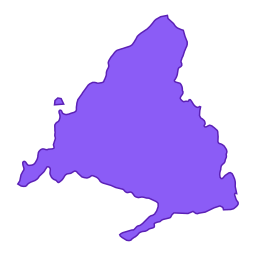 the border of Madrid
{"feature_id": "ESP-5833", "entity_name": "Madrid", "entity_type": "Autonomous Community", "adm_level": 1, "iso_a3": "ESP", "parent_name": "Spain", "parent_adm1": "", "projection": "robinson", "projection_center": [-3.775, 40.528], "detail": "fine", "context": "isolated", "style": "filled", "palette": "violet", "viewbox_px": 256, "rotation_deg": 0, "n_neighbors": 0, "source": "natural_earth", "source_scale": "10m", "svg_char_len": 4983}
<svg xmlns="http://www.w3.org/2000/svg" viewBox="0 0 256 256"><path d="M236.7,193.6L235.5,193.3L235.0,193.4L234.6,194.1L234.8,195.7L235.3,196.9L235.7,198.3L236.2,199.6L236.8,200.7L237.7,201.7L238.2,202.9L238.1,204.2L237.3,205.5L235.8,207.0L233.6,208.7L230.8,209.5L223.5,209.8L223.1,208.1L222.6,207.3L220.0,205.9L214.1,207.8L205.2,212.1L199.2,213.1L197.4,213.7L195.8,213.4L193.0,211.4L188.0,213.5L174.0,212.9L172.1,214.5L171.0,216.5L170.4,217.5L169.1,218.0L163.3,219.4L162.1,219.9L161.2,220.5L160.2,221.4L159.9,221.6L157.2,222.2L154.9,223.1L154.2,223.8L154.4,226.3L154.0,227.3L152.8,227.9L149.4,228.8L146.9,230.5L145.2,231.2L142.5,231.5L140.9,232.0L139.8,232.5L138.8,233.3L137.5,234.9L135.4,236.7L134.2,237.3L131.9,239.0L130.8,240.2L129.0,240.6L126.7,240.3L122.1,237.5L120.3,236.0L119.7,234.7L121.0,233.6L122.7,232.7L131.8,230.0L133.6,229.9L134.3,229.3L136.7,226.7L137.5,226.1L140.2,225.3L142.6,223.5L149.4,216.7L151.3,215.6L152.3,215.5L154.1,214.4L154.8,213.9L155.1,213.2L156.3,211.5L156.7,210.8L158.0,207.1L158.2,206.2L158.1,204.4L158.2,203.6L157.6,202.7L156.1,201.5L149.0,198.2L146.3,198.0L143.9,197.3L141.9,197.0L138.3,197.6L136.5,197.1L135.7,196.8L134.6,196.1L132.4,193.1L131.4,192.3L130.2,192.0L127.7,192.6L126.4,192.4L125.0,191.4L124.2,190.4L123.4,189.6L122.6,189.2L115.7,187.5L111.0,185.4L103.2,183.1L101.4,182.3L100.1,181.2L99.4,180.0L98.5,178.8L97.4,177.8L96.1,177.0L92.9,175.7L91.6,175.6L90.3,176.6L88.9,177.4L87.0,178.0L84.2,177.6L81.9,176.9L77.8,173.1L76.9,172.0L75.8,171.2L74.4,171.1L70.8,173.3L67.1,173.9L65.5,174.9L64.7,175.9L63.6,177.8L62.4,179.5L61.4,180.5L59.4,182.1L58.6,182.5L58.0,182.4L56.0,180.3L53.8,179.4L52.5,178.4L51.5,177.3L50.4,175.0L50.0,173.8L50.0,172.5L50.3,169.8L50.2,168.6L49.6,167.6L48.7,166.9L47.9,166.7L47.1,166.9L45.3,169.5L44.6,170.8L43.7,172.0L39.2,176.3L38.4,177.7L37.1,179.1L35.0,180.5L30.6,182.2L28.7,183.3L27.3,184.5L26.6,185.6L25.3,186.3L23.4,186.4L21.1,186.0L17.8,184.0L19.8,180.9L21.0,174.9L22.9,171.3L23.7,170.2L24.0,168.9L23.7,167.5L23.0,165.2L22.8,163.9L22.8,162.3L23.6,161.5L24.7,161.4L25.7,162.2L27.3,164.5L28.2,165.2L28.9,165.4L31.3,165.2L32.8,164.8L34.5,163.7L35.6,162.1L37.1,159.4L37.6,157.8L37.9,156.5L37.9,155.5L38.4,152.5L39.0,151.4L40.2,150.1L41.0,149.5L41.9,149.1L42.8,148.9L43.8,149.0L44.9,149.3L45.8,149.6L46.6,149.7L47.3,149.7L48.3,149.2L52.4,148.9L53.9,148.2L54.1,147.3L53.4,144.8L54.6,140.9L55.1,139.5L55.4,138.3L55.2,137.1L54.8,135.9L54.9,133.8L55.1,132.8L55.1,131.9L54.9,130.9L54.9,128.3L54.8,126.8L54.8,125.0L55.8,123.3L56.9,122.3L58.0,121.7L58.6,121.1L59.0,120.5L59.3,119.9L59.9,117.9L60.0,116.7L59.9,115.4L59.6,114.1L59.1,112.9L59.0,111.2L59.7,110.3L60.7,110.2L61.5,110.9L62.5,113.1L63.5,113.8L64.7,114.3L66.1,114.6L68.8,114.1L71.4,113.1L72.9,112.7L74.5,112.2L76.0,111.0L76.4,109.8L76.4,107.1L76.8,104.3L76.9,103.1L77.9,99.6L82.0,93.9L82.6,92.8L88.2,85.1L89.8,83.8L92.7,82.4L94.5,82.4L96.1,82.7L97.3,83.2L98.6,83.2L102.0,82.6L102.8,82.3L103.7,81.6L104.2,80.2L104.9,78.9L105.9,76.3L106.3,75.0L106.4,72.4L106.7,71.1L107.3,69.6L108.2,68.0L108.7,66.6L108.7,65.3L108.2,62.8L108.5,61.6L109.0,60.4L110.9,57.2L113.0,54.7L114.3,52.9L115.6,51.4L117.1,50.3L129.6,46.3L131.0,45.6L132.3,44.6L134.3,41.8L135.1,40.4L135.9,39.1L137.3,36.4L138.8,34.9L141.0,33.1L147.2,29.0L150.0,26.3L152.6,23.2L153.5,22.0L154.6,20.6L156.1,19.3L160.7,16.7L167.4,15.4L168.0,18.5L173.5,23.5L175.1,25.9L176.4,27.2L177.5,28.0L180.9,29.5L181.9,29.8L183.3,30.3L185.0,36.4L187.2,41.9L187.2,44.3L186.8,46.0L185.7,48.3L185.2,49.7L184.6,50.9L183.3,55.0L182.8,56.4L182.1,57.7L181.6,59.3L181.1,60.6L181.0,62.0L181.7,63.5L181.8,65.3L181.2,66.2L180.3,67.0L179.7,67.2L179.0,67.7L178.5,68.4L178.1,69.3L177.3,74.4L177.0,75.5L176.3,77.3L175.4,78.9L174.9,79.7L174.4,80.2L174.4,80.9L174.7,81.5L175.8,82.1L180.0,83.3L181.0,84.5L181.9,86.4L182.3,88.2L182.4,90.6L183.0,91.8L182.9,93.2L182.4,94.3L180.7,96.7L180.2,98.2L180.7,99.3L181.6,100.3L182.6,101.2L183.7,101.7L186.0,101.2L188.0,101.4L188.8,100.6L189.2,99.7L190.3,99.7L191.5,101.2L193.6,104.6L195.2,106.3L196.7,107.2L197.9,107.4L198.9,107.0L199.7,106.5L200.6,106.9L199.8,110.7L199.5,115.5L200.2,117.0L201.0,118.2L202.3,118.9L204.3,120.7L204.8,121.9L205.1,123.3L205.0,124.1L204.7,124.7L204.3,125.2L204.1,125.9L204.4,126.5L204.9,126.9L205.9,126.9L206.7,126.7L207.6,126.1L208.6,125.6L209.5,125.2L210.8,125.5L212.0,126.0L213.1,126.9L214.2,127.7L217.3,130.5L217.7,131.6L217.8,132.4L217.8,133.1L218.1,136.6L217.9,141.6L218.5,142.9L219.5,143.6L220.8,143.9L222.4,144.7L224.2,146.1L226.4,149.5L226.9,151.5L226.7,152.9L226.3,153.7L226.2,154.3L226.4,155.9L226.4,156.8L226.2,157.7L225.8,158.4L225.2,160.1L225.1,160.9L224.8,161.9L224.2,162.9L222.1,164.8L221.2,166.1L220.8,168.1L220.7,169.7L220.2,171.2L219.8,172.9L219.7,174.8L220.1,177.3L221.2,178.6L222.3,178.5L223.3,177.6L224.2,176.5L225.2,175.4L229.0,172.8L230.4,172.6L232.1,173.7L233.3,175.9L234.6,179.1L235.1,181.2L235.3,182.9L235.2,186.5L236.7,193.6ZM61.1,98.6L63.7,104.1L54.5,104.8L55.0,100.5L57.8,98.0L61.1,98.6Z" fill="#8b5cf6" stroke="#5b21b6" stroke-width="1.5"/></svg>